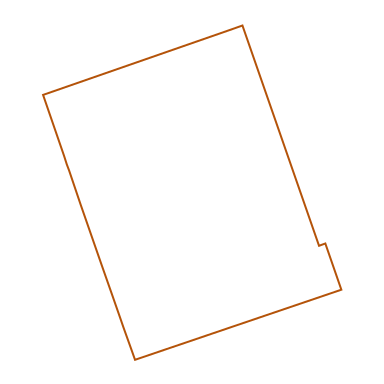 Hamilton, Kansas, United States of America (orthographic projection), rotated 341°
{"feature_id": "52423323B73588263227538", "entity_name": "Hamilton", "entity_type": "district", "adm_level": 2, "iso_a3": "USA", "parent_name": "United States of America", "parent_adm1": "Kansas", "projection": "orthographic", "projection_center": [-101.918, 38.0], "detail": "fine", "context": "isolated", "style": "outline", "palette": "amber", "viewbox_px": 384, "rotation_deg": 341, "n_neighbors": 0, "source": "geoboundaries", "source_scale": "gbopen_adm2", "svg_char_len": 387}
<svg xmlns="http://www.w3.org/2000/svg" viewBox="0 0 384 384"><g transform="rotate(341 192 192)"><path d="M83.5,332.1L301.4,333.0L301.3,284.1L294.6,284.2L293.9,51.0L283.3,51.1L82.8,51.7L82.8,58.3L82.8,116.3L82.6,125.2L82.8,131.7L82.6,167.8L82.8,230.7L82.8,231.7L83.0,262.9L83.1,286.3L83.1,297.3L83.2,305.2L83.4,320.6L83.5,332.1Z" fill="none" stroke="#b45309" stroke-width="2"/></g></svg>